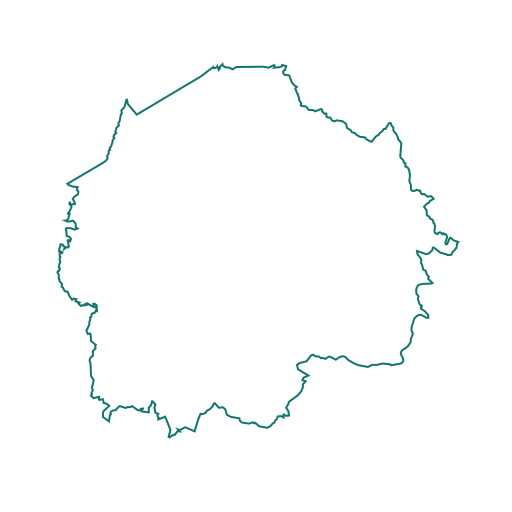 Atengo, Jalisco, Mexico (orthographic projection), rotated 189°
{"feature_id": "50627088B38886465943482", "entity_name": "Atengo", "entity_type": "district", "adm_level": 2, "iso_a3": "MEX", "parent_name": "Mexico", "parent_adm1": "Jalisco", "projection": "orthographic", "projection_center": [-104.254, 20.32], "detail": "fine", "context": "isolated", "style": "outline", "palette": "teal", "viewbox_px": 512, "rotation_deg": 189, "n_neighbors": 0, "source": "geoboundaries", "source_scale": "gbopen_adm2", "svg_char_len": 5985}
<svg xmlns="http://www.w3.org/2000/svg" viewBox="0 0 512 512"><g transform="rotate(189 256 256)"><path d="M375.4,69.7L375.4,75.7L374.6,77.0L375.1,77.4L375.0,79.5L373.2,80.9L370.6,81.8L367.6,86.1L367.0,86.4L360.9,85.5L359.4,86.6L356.3,87.2L354.9,88.4L349.0,85.4L347.0,85.2L345.9,85.7L345.9,86.9L343.1,88.1L345.0,86.1L344.7,84.6L337.4,84.8L338.2,89.3L336.2,92.5L336.0,96.2L335.5,96.3L332.2,93.7L332.6,90.5L330.9,85.6L327.8,84.7L328.5,83.4L327.3,80.8L326.3,80.7L326.6,79.5L320.6,83.1L313.3,70.9L314.0,63.6L312.7,63.3L311.0,65.6L309.9,65.6L308.3,67.2L308.0,67.0L306.1,70.7L303.8,70.8L305.8,72.5L304.0,72.2L299.1,75.8L289.2,73.2L287.6,85.1L286.1,91.4L284.4,91.4L281.2,93.1L280.6,95.1L277.4,97.8L275.3,100.8L274.5,103.6L273.7,104.2L268.9,100.3L265.2,101.4L262.3,99.7L260.0,94.7L255.7,93.2L247.1,93.0L245.8,90.5L243.6,89.3L236.5,89.4L233.2,91.2L231.6,90.4L230.7,91.2L226.2,88.3L218.0,88.1L215.1,90.3L213.2,93.4L211.8,94.2L211.3,96.7L210.1,97.8L209.4,101.0L205.8,101.8L203.5,100.8L204.0,103.7L203.2,103.8L201.4,102.8L198.4,103.6L199.9,108.1L202.5,110.8L200.9,114.7L200.9,116.2L200.5,117.3L192.8,125.1L190.2,129.4L189.1,133.8L189.7,136.3L187.4,140.1L190.7,140.7L190.5,142.4L189.9,143.3L185.6,146.1L196.8,150.7L198.5,154.9L196.3,157.0L189.5,160.0L186.5,165.7L185.1,167.2L183.7,167.4L182.7,166.5L180.2,166.2L178.2,166.6L175.7,165.2L174.3,165.7L171.4,165.3L168.3,168.0L167.0,168.1L161.0,166.1L157.1,169.7L154.3,170.6L152.1,170.3L149.1,168.0L143.1,165.5L138.1,164.2L128.1,163.9L124.2,166.7L119.9,167.3L114.0,169.6L106.8,170.0L105.3,169.2L95.7,172.6L94.2,175.2L94.5,177.3L97.7,182.0L97.6,184.1L97.0,185.6L92.0,190.3L89.9,194.7L90.0,198.3L88.9,203.7L90.9,207.1L91.1,210.6L89.8,219.2L87.7,221.9L85.4,223.6L83.2,223.6L78.2,221.7L76.1,222.0L76.7,224.7L80.6,227.9L84.6,229.6L85.0,230.7L84.3,231.5L85.1,232.3L84.7,233.0L86.6,233.7L87.6,235.2L89.5,239.2L89.1,241.6L91.7,243.9L92.5,247.6L92.2,250.6L90.9,252.9L87.4,254.4L79.0,256.1L77.5,257.0L82.5,260.5L82.1,262.7L84.4,264.4L86.1,268.0L88.7,268.7L90.7,273.5L92.0,274.9L91.9,277.1L92.8,279.3L96.9,283.2L97.7,286.1L88.4,284.5L85.8,285.4L82.7,289.4L82.7,291.9L81.3,292.0L74.5,288.1L68.1,287.5L67.1,286.8L63.2,287.8L62.6,290.4L59.4,295.1L59.2,300.0L58.4,301.5L63.0,302.3L66.8,304.5L67.5,303.8L69.1,297.7L70.5,297.3L71.1,299.1L70.1,304.5L71.4,306.8L72.1,307.2L74.3,306.9L74.1,307.6L74.6,307.7L75.1,306.7L77.7,308.2L79.3,307.6L80.1,306.0L83.0,306.9L83.7,308.7L83.8,313.2L84.9,315.9L86.1,316.7L86.4,318.3L87.5,319.6L89.3,319.8L91.1,321.9L93.7,323.1L94.7,327.9L97.7,330.9L95.7,334.1L93.5,335.7L93.0,337.4L89.5,340.3L92.3,342.5L95.9,341.5L99.8,343.6L101.6,342.9L102.8,343.7L104.2,346.3L105.2,345.9L107.7,346.6L108.9,345.4L111.4,344.7L113.2,345.7L114.3,350.8L116.3,354.0L116.5,359.7L118.4,365.2L120.4,367.4L122.6,367.8L122.8,370.9L124.7,371.4L125.3,373.4L128.4,375.7L129.1,376.9L130.1,390.2L134.1,393.8L134.6,395.5L136.8,398.7L139.3,400.7L140.1,402.0L140.5,404.4L142.7,406.2L143.7,408.3L145.5,408.0L147.9,401.8L149.5,401.6L151.0,398.7L153.0,396.8L154.0,394.5L155.6,393.6L157.1,391.5L159.6,387.0L162.4,387.4L165.2,388.6L167.0,390.2L172.1,390.0L176.1,391.6L177.4,392.9L180.5,393.2L182.1,395.1L186.2,396.7L187.7,400.6L191.5,402.6L197.6,402.6L199.4,401.3L202.1,401.8L204.5,404.4L206.4,404.0L208.2,404.7L208.8,407.7L210.7,407.2L213.4,409.3L213.5,410.7L214.7,411.4L220.2,408.1L221.9,409.0L226.8,408.6L230.0,411.5L234.8,411.3L235.4,412.3L235.1,413.6L238.0,417.2L238.1,418.8L239.5,420.8L239.6,422.2L240.8,422.9L243.4,427.6L242.1,429.5L244.3,430.3L247.4,432.6L251.4,439.5L256.1,439.4L257.6,440.8L258.2,441.9L257.5,443.6L256.4,444.2L255.9,448.3L260.1,448.7L260.1,447.4L262.0,446.3L267.3,444.9L266.9,445.4L267.7,447.3L268.2,447.3L272.9,444.0L278.3,444.1L305.0,439.6L308.3,436.7L311.7,437.8L316.3,437.6L318.8,439.1L319.1,440.1L321.6,436.7L320.9,436.1L321.9,434.0L323.9,437.3L324.1,436.5L326.4,434.9L327.4,435.0L327.8,436.0L338.5,424.8L395.9,377.0L406.4,386.1L407.9,390.2L408.4,390.0L409.2,382.5L411.8,378.7L410.8,376.1L411.6,374.6L411.8,367.7L412.6,366.1L412.5,364.5L411.8,363.7L413.9,360.8L414.4,356.5L413.3,355.5L415.2,353.3L415.4,351.5L415.0,350.5L414.4,350.4L415.8,347.4L415.5,346.6L416.3,341.2L417.3,340.1L417.3,338.6L416.7,338.1L417.9,336.8L417.5,334.7L418.7,331.0L417.8,329.8L418.7,327.4L420.4,325.2L453.6,297.8L452.5,296.9L447.7,295.9L443.0,296.2L443.2,293.1L441.7,292.2L441.4,291.0L441.7,288.8L444.5,286.4L446.0,283.8L443.9,281.3L443.0,279.0L446.4,278.0L447.4,278.4L448.2,279.7L448.6,279.3L448.1,277.6L446.5,277.0L445.9,275.7L447.0,271.1L448.4,268.9L448.2,268.3L446.7,268.5L447.3,263.3L448.4,261.6L449.9,261.2L447.2,260.5L441.9,262.2L439.1,259.5L438.6,256.3L436.6,255.2L439.2,253.7L443.6,254.5L447.9,253.7L448.1,252.7L447.1,250.7L446.1,246.1L443.5,245.8L441.5,244.2L441.4,243.4L442.0,241.4L443.7,242.6L444.4,242.0L442.3,235.8L442.9,235.0L444.6,235.0L446.5,233.0L446.3,235.2L448.2,236.0L448.7,237.0L450.9,237.0L450.8,234.9L451.5,232.4L451.2,230.0L450.9,229.4L449.9,230.0L447.8,229.3L448.3,228.3L449.6,228.3L450.2,226.9L449.8,225.2L449.0,224.4L449.6,222.5L448.3,219.0L448.9,218.1L448.9,214.0L447.8,213.0L448.0,210.8L449.0,210.4L449.6,208.9L447.8,206.6L447.3,202.7L446.4,202.0L446.1,200.5L443.2,198.0L443.2,195.3L441.5,194.4L440.5,192.6L438.8,191.2L436.6,191.3L434.0,187.3L430.7,183.9L429.3,185.5L426.7,185.3L427.2,183.0L423.0,182.4L423.9,181.2L421.2,179.3L419.0,180.6L418.0,180.2L415.4,181.3L416.7,182.1L415.5,182.9L408.6,180.3L408.2,180.9L409.1,183.3L407.9,183.6L405.7,182.4L405.3,181.3L406.8,180.2L405.1,179.5L404.5,176.8L405.5,177.2L406.7,174.3L407.7,174.3L409.3,173.0L409.1,170.4L410.3,169.3L409.7,167.7L410.3,164.9L409.9,162.7L411.0,158.0L412.0,156.3L409.9,152.7L407.7,153.4L407.1,152.7L405.6,146.2L400.3,143.1L400.7,141.6L400.0,139.6L402.3,136.5L401.5,132.0L403.6,129.7L404.1,127.1L402.6,123.7L400.2,111.8L396.8,107.9L397.4,100.0L396.1,97.8L397.1,95.4L396.4,94.0L397.2,92.3L394.1,90.2L388.9,92.4L388.7,89.6L387.9,89.4L384.9,90.6L383.3,86.9L380.6,86.8L377.6,85.0L382.2,79.0L382.6,77.8L382.0,73.1L375.4,69.7Z" fill="none" stroke="#0f766e" stroke-width="2"/></g></svg>